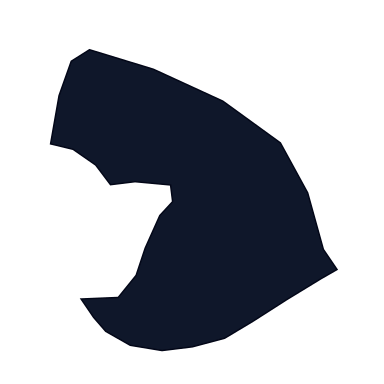 the border of South East, rotated 263°
{"feature_id": "SGP-4875", "entity_name": "South East", "entity_type": "state/province", "adm_level": 1, "iso_a3": "SGP", "parent_name": "Singapore", "parent_adm1": "", "projection": "equal_earth", "projection_center": [103.927, 1.348], "detail": "fine", "context": "isolated", "style": "filled", "palette": "ink", "viewbox_px": 384, "rotation_deg": 263, "n_neighbors": 0, "source": "natural_earth", "source_scale": "10m", "svg_char_len": 522}
<svg xmlns="http://www.w3.org/2000/svg" viewBox="0 0 384 384"><g transform="rotate(263 192 192)"><path d="M257.0,57.5L303.9,71.8L336.5,88.1L345.7,107.6L318.5,168.7L278.4,233.7L230.0,285.7L177.1,306.7L119.0,315.4L97.4,326.5L90.2,309.4L73.4,272.4L56.6,237.4L42.9,206.6L38.3,173.7L38.3,142.9L47.4,112.0L64.2,89.4L79.5,79.1L99.3,68.9L96.3,105.9L116.1,126.4L142.0,138.7L172.6,157.2L184.8,171.6L201.6,171.6L209.2,136.7L209.2,112.0L230.5,99.7L248.9,79.1L257.0,57.5Z" fill="#0f172a" stroke="#020617" stroke-width="1.5"/></g></svg>